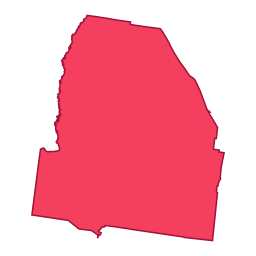 the district of Melton, Victoria, Australia
{"feature_id": "25037944B20594454480773", "entity_name": "Melton", "entity_type": "district", "adm_level": 2, "iso_a3": "AUS", "parent_name": "Australia", "parent_adm1": "Victoria", "projection": "equal_earth", "projection_center": [144.547, -37.681], "detail": "fine", "context": "isolated", "style": "filled", "palette": "rose", "viewbox_px": 256, "rotation_deg": 0, "n_neighbors": 0, "source": "geoboundaries", "source_scale": "gbopen_adm2", "svg_char_len": 5186}
<svg xmlns="http://www.w3.org/2000/svg" viewBox="0 0 256 256"><path d="M209.8,112.0L207.4,110.0L207.0,109.4L201.2,93.8L200.4,91.5L195.7,81.4L195.1,80.3L194.4,79.3L193.5,78.4L192.7,77.8L190.3,76.3L189.1,75.1L188.6,74.4L185.3,69.4L179.6,61.7L173.3,51.4L171.2,47.4L168.9,42.6L167.0,39.1L162.0,30.9L160.3,28.7L144.3,26.6L130.2,24.5L130.6,22.0L118.8,20.3L110.7,19.0L110.7,18.9L95.2,16.5L87.1,15.4L87.1,15.9L86.9,16.2L86.8,16.5L86.6,16.6L86.4,17.2L85.9,17.9L84.8,18.9L84.4,19.1L83.7,19.2L83.6,19.4L83.6,19.9L83.9,21.0L82.7,22.1L82.1,22.6L81.8,23.1L81.7,23.1L81.1,22.8L80.9,22.8L80.7,23.0L80.3,23.5L80.3,23.8L80.2,25.2L79.5,25.4L78.9,26.0L78.7,26.6L78.9,27.1L78.4,27.1L78.3,27.5L78.4,27.8L78.2,28.2L77.7,28.4L77.6,28.5L77.7,29.1L77.2,30.2L77.1,30.3L76.7,30.1L76.4,30.3L76.3,30.8L76.4,31.5L76.3,31.9L76.1,32.3L75.9,32.4L75.5,32.5L75.4,32.7L75.2,33.1L74.9,33.4L74.7,34.1L74.2,34.1L73.6,34.7L72.8,34.4L72.6,34.5L72.6,35.0L71.9,35.7L71.7,36.3L71.7,36.6L71.8,36.7L72.3,37.2L72.2,37.4L71.7,38.4L72.1,40.9L72.0,41.6L72.2,42.7L71.7,43.5L70.9,44.3L70.4,45.3L69.8,46.1L69.4,46.8L70.5,46.6L70.8,47.7L70.0,48.5L69.8,48.6L69.4,48.7L69.0,48.4L68.8,48.4L68.9,48.9L69.3,49.3L69.3,49.6L69.0,50.0L68.8,50.9L68.2,51.9L67.7,52.6L67.2,52.9L66.6,52.5L66.4,52.7L66.3,52.9L66.3,53.3L66.0,53.8L65.7,54.7L64.9,55.4L64.9,55.6L65.4,56.1L65.3,56.4L64.8,56.6L64.9,57.1L65.5,58.0L65.5,58.4L65.4,58.6L65.0,58.8L64.6,58.7L63.8,57.7L63.7,57.7L63.4,58.3L63.0,59.5L62.9,59.6L62.3,59.5L62.2,59.6L61.9,60.7L61.7,60.9L61.7,61.4L61.9,61.8L62.0,61.8L62.8,61.9L62.9,62.0L62.9,62.3L62.8,62.7L62.4,63.4L62.5,63.6L63.4,63.8L63.6,63.9L63.7,64.1L63.5,64.3L62.7,64.9L62.5,65.1L62.5,65.3L64.0,66.5L63.8,67.3L63.8,67.7L64.5,69.4L64.9,69.2L65.1,69.3L65.0,69.5L65.1,70.2L64.9,70.9L64.8,71.0L64.3,71.3L64.2,71.7L64.3,72.1L64.7,72.5L64.7,72.9L63.7,74.9L62.8,75.9L62.8,76.4L62.7,76.9L62.5,77.0L62.0,76.6L61.8,76.8L61.8,77.1L62.0,77.6L61.9,78.0L61.7,78.5L61.2,79.8L60.5,80.4L59.9,80.7L59.4,81.3L59.5,81.5L60.3,81.8L61.0,82.5L60.9,82.7L60.1,82.6L59.8,82.8L59.8,83.3L60.0,83.7L60.0,86.2L59.8,87.4L59.3,88.1L59.5,88.9L59.3,89.1L59.3,89.3L59.5,89.4L59.9,89.6L60.3,90.0L60.2,90.5L60.5,91.5L60.5,91.8L60.4,91.9L59.8,90.9L59.5,90.9L59.6,92.1L59.3,92.6L59.3,93.2L59.2,93.6L58.9,93.9L58.0,94.2L57.7,94.4L57.8,94.6L58.3,95.0L58.3,95.9L58.4,96.3L58.1,96.7L57.7,96.8L57.5,97.0L57.5,97.3L57.7,98.0L58.0,98.4L58.6,98.4L59.1,98.5L59.3,98.7L59.5,99.1L59.4,99.4L58.8,100.0L59.2,100.7L58.1,101.2L58.2,101.4L58.7,101.8L58.8,102.4L59.0,102.8L59.0,103.0L58.9,103.3L58.5,103.9L58.7,104.2L59.0,104.5L59.2,105.0L58.9,105.2L58.6,105.2L58.6,105.4L58.9,106.0L58.9,106.5L59.3,106.7L59.5,106.8L59.4,107.1L58.9,107.5L59.1,108.0L59.4,108.0L59.6,108.1L59.7,108.4L59.6,108.7L59.2,109.0L59.2,109.3L59.4,109.5L60.2,109.6L60.4,110.0L60.2,110.2L59.7,110.5L59.7,111.1L59.6,111.4L59.1,111.6L59.1,111.8L59.4,111.9L59.6,112.3L59.6,112.5L59.4,113.0L59.3,113.3L59.9,113.5L60.6,114.3L60.7,114.5L60.2,114.7L59.6,114.4L59.4,114.7L59.3,115.0L59.4,115.5L59.6,115.7L60.1,116.1L60.1,116.4L59.8,116.5L59.4,116.4L59.1,115.6L58.6,115.4L58.0,116.0L57.6,116.3L57.0,116.3L56.8,116.6L57.3,117.9L57.5,117.9L57.8,117.5L58.1,117.6L59.0,118.3L59.0,118.5L58.6,119.2L58.1,119.3L57.4,119.3L57.2,119.6L57.5,119.9L58.2,120.1L58.7,120.3L58.9,120.5L58.8,120.8L58.1,121.3L58.1,122.0L57.9,122.2L57.6,122.1L57.4,121.8L57.2,120.7L56.9,120.5L56.8,120.4L56.7,120.5L56.3,121.4L55.9,121.9L55.6,122.2L55.3,122.3L55.1,122.7L55.0,122.8L54.8,122.7L54.7,123.0L54.9,123.4L55.9,124.0L56.1,124.4L56.1,125.0L55.6,124.9L54.9,124.2L54.7,124.3L54.7,124.6L55.0,125.4L55.4,125.8L55.7,126.4L55.7,127.1L55.7,129.4L55.8,130.2L56.0,130.7L56.4,131.0L57.3,130.9L57.5,131.0L57.6,131.6L57.5,131.8L57.3,131.9L57.1,131.7L56.7,131.7L56.4,131.9L56.3,132.3L56.4,132.5L57.2,133.0L57.3,133.3L57.5,134.3L57.9,134.7L57.8,135.2L57.8,135.8L58.1,136.6L58.5,137.6L58.5,137.8L58.0,138.0L57.6,138.6L57.5,138.9L57.6,139.8L57.6,140.0L57.3,140.6L56.6,141.1L56.3,141.8L56.3,142.2L56.5,142.7L56.7,142.9L57.7,143.2L58.1,143.8L58.5,145.1L59.0,146.4L59.4,147.8L59.6,149.0L59.5,149.6L59.3,150.1L58.5,150.7L56.7,151.1L52.9,151.6L50.5,151.5L48.1,151.7L47.1,151.6L46.0,151.2L45.2,150.2L44.9,149.5L44.4,148.6L43.8,148.1L42.9,148.0L41.2,149.0L40.5,149.2L39.7,155.5L39.6,155.8L38.4,164.8L31.9,215.0L68.3,220.4L79.0,229.0L91.4,230.5L98.0,235.1L97.6,237.5L97.9,237.5L98.1,236.6L98.7,235.5L98.8,235.2L99.0,235.0L99.4,235.3L99.6,235.3L100.0,235.0L100.6,234.2L101.0,233.2L101.2,232.8L101.1,232.5L101.0,232.4L99.8,232.3L98.5,231.5L98.3,231.2L98.8,230.5L99.4,230.1L99.6,229.6L100.2,229.3L100.7,228.9L101.8,227.4L102.5,226.9L103.0,227.1L103.4,227.1L104.2,226.9L104.8,226.6L105.0,226.5L105.1,226.4L105.1,225.9L105.3,225.8L105.4,225.5L107.6,225.8L115.9,226.9L134.0,229.7L182.2,236.8L184.8,237.5L212.5,240.6L217.5,192.6L217.2,192.4L216.4,192.0L216.3,191.6L216.4,191.0L216.8,189.7L216.6,188.7L216.7,188.0L216.8,187.4L216.8,186.3L217.1,186.0L217.8,186.0L218.1,185.9L218.2,183.4L218.5,182.9L218.8,182.7L218.9,181.3L219.2,180.6L220.2,179.7L220.5,179.0L220.5,177.9L220.2,177.5L221.3,166.6L224.1,152.7L219.0,152.0L219.3,150.1L213.4,149.2L213.6,147.4L214.8,138.3L216.3,138.5L216.9,134.0L217.1,131.0L217.6,127.6L208.4,112.0L209.8,112.0Z" fill="#f43f5e" stroke="#9f1239" stroke-width="1.5"/></svg>